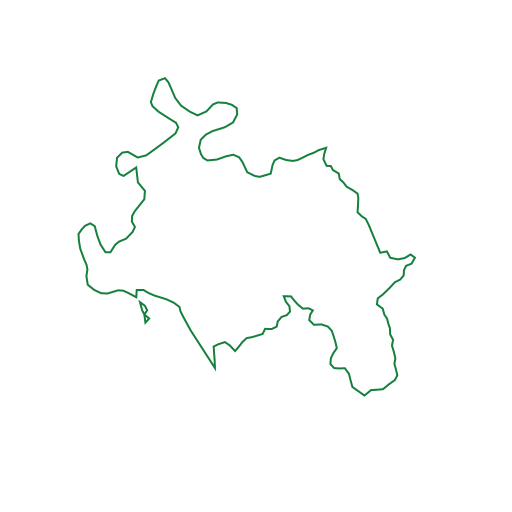 Campos Borges, Rio Grande do Sul, Brazil (Mercator projection), rotated 39°
{"feature_id": "56859067B64175981570614", "entity_name": "Campos Borges", "entity_type": "district", "adm_level": 2, "iso_a3": "BRA", "parent_name": "Brazil", "parent_adm1": "Rio Grande do Sul", "projection": "mercator", "projection_center": [-53.06, -28.908], "detail": "fine", "context": "isolated", "style": "outline", "palette": "green", "viewbox_px": 512, "rotation_deg": 39, "n_neighbors": 0, "source": "geoboundaries", "source_scale": "gbopen_adm2", "svg_char_len": 2804}
<svg xmlns="http://www.w3.org/2000/svg" viewBox="0 0 512 512"><g transform="rotate(39 256 256)"><path d="M242.4,127.8L238.1,134.2L236.0,139.3L232.9,144.5L229.9,151.2L227.8,155.5L224.8,158.9L219.1,162.4L212.3,164.9L210.3,170.1L211.6,174.8L215.6,182.8L209.1,192.1L204.9,194.5L196.5,196.4L186.1,191.4L180.7,189.9L174.6,191.6L169.9,197.5L164.8,205.8L158.1,212.3L153.4,213.0L149.2,211.5L143.6,207.8L139.9,200.5L140.6,193.4L143.6,186.3L150.7,175.6L154.1,166.7L152.3,157.8L147.9,153.2L142.1,153.7L136.3,156.0L129.7,160.7L127.2,165.1L126.5,174.8L122.1,183.5L113.6,185.5L103.1,186.3L93.7,184.0L84.6,179.2L78.6,176.1L73.3,175.1L70.0,180.9L71.7,187.0L74.2,194.7L77.5,202.6L81.3,204.7L89.4,205.2L101.5,203.9L110.0,202.8L114.6,204.9L116.3,211.4L112.9,226.0L110.0,237.2L107.4,246.8L102.1,253.9L90.9,255.7L87.0,259.8L86.2,267.1L90.9,274.3L98.0,278.3L102.7,277.1L107.2,262.6L117.9,273.1L128.7,275.3L133.5,282.2L133.6,297.4L134.5,302.8L137.9,307.4L143.6,309.6L145.0,315.0L144.1,324.4L140.6,330.8L139.5,335.6L140.5,344.8L136.6,347.8L128.1,345.0L120.0,340.2L111.9,334.3L106.7,334.9L104.2,340.0L103.8,344.8L104.2,350.6L108.7,355.5L114.6,360.8L124.1,366.5L129.8,369.5L133.4,372.5L136.9,378.4L143.3,384.2L151.5,384.2L159.0,382.4L164.1,378.7L170.4,369.5L174.6,366.5L179.5,365.2L188.9,363.4L184.7,357.5L190.0,353.2L195.1,352.5L201.9,350.7L207.1,348.6L213.6,346.0L221.6,344.0L228.6,343.8L232.1,346.5L237.4,348.9L252.2,355.0L294.6,368.9L289.5,363.1L284.5,357.8L280.1,353.0L282.2,348.4L286.0,342.5L291.8,342.0L299.6,343.0L299.7,336.4L299.6,331.3L300.4,325.7L304.2,321.3L307.4,316.6L310.2,312.4L308.9,306.9L314.1,303.0L316.5,297.9L314.1,293.2L314.2,287.3L317.2,282.5L317.4,277.8L313.6,274.0L308.2,272.8L302.9,269.8L308.5,265.4L314.1,266.6L319.2,267.4L325.6,267.4L329.7,263.6L334.4,262.5L335.0,267.4L337.7,272.3L344.3,273.0L349.9,268.0L356.3,265.6L361.9,266.4L366.8,269.5L372.1,273.1L376.8,276.8L377.3,283.3L378.6,288.5L381.9,293.2L387.3,293.9L391.7,290.8L395.7,287.3L402.4,289.1L407.2,292.7L413.3,297.1L428.1,296.2L429.8,287.8L434.3,283.7L438.5,279.6L440.1,271.8L442.0,265.1L440.9,259.8L436.3,256.2L431.4,252.7L428.8,247.9L423.4,243.7L418.1,240.1L415.3,234.9L409.6,232.5L405.5,227.8L400.9,225.0L397.3,222.2L392.7,220.8L387.6,217.2L380.4,217.5L377.3,212.3L378.8,206.1L379.9,196.9L380.4,189.1L382.9,183.6L383.0,178.2L379.9,173.8L378.8,169.2L381.7,164.1L380.6,157.3L375.2,157.5L372.8,164.1L368.4,169.3L361.5,172.9L354.8,170.1L350.5,175.3L324.1,160.9L317.9,158.1L313.6,158.6L307.4,158.1L302.5,151.2L298.9,146.4L295.6,143.6L289.6,144.0L282.8,145.1L277.5,143.8L272.8,143.6L268.4,139.8L261.7,140.8L257.6,139.0L254.1,141.5L247.4,138.3L244.8,133.7L242.4,127.8ZM206.0,371.7L205.6,366.7L200.9,364.6L194.9,364.9L201.8,369.9L206.0,371.7ZM206.0,371.7L212.0,377.4L212.3,371.8L206.0,371.7Z" fill="none" stroke="#15803d" stroke-width="2"/></g></svg>